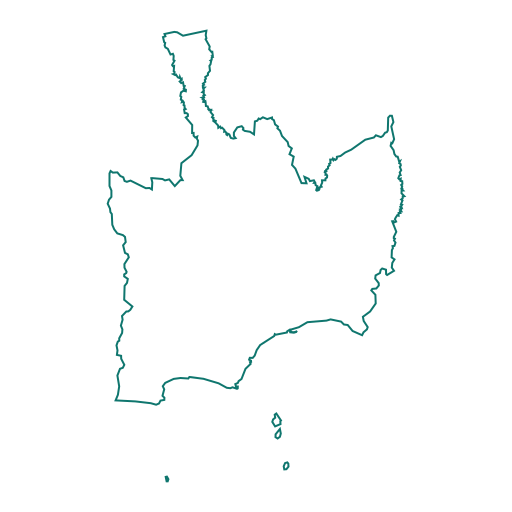 Klaeng, Rayong, Thailand (Natural Earth projection)
{"feature_id": "78962969B40888142267385", "entity_name": "Klaeng", "entity_type": "district", "adm_level": 2, "iso_a3": "THA", "parent_name": "Thailand", "parent_adm1": "Rayong", "projection": "natural_earth1", "projection_center": [101.666, 12.768], "detail": "fine", "context": "isolated", "style": "outline", "palette": "teal", "viewbox_px": 512, "rotation_deg": 0, "n_neighbors": 0, "source": "geoboundaries", "source_scale": "gbopen_adm2", "svg_char_len": 6046}
<svg xmlns="http://www.w3.org/2000/svg" viewBox="0 0 512 512"><path d="M385.1,132.7L382.8,136.0L380.9,137.1L375.9,135.3L373.9,137.5L365.3,139.7L351.2,149.7L345.2,152.5L340.5,156.0L336.9,156.8L336.8,158.7L335.5,159.9L334.4,159.2L333.5,160.2L332.8,158.6L332.2,159.6L330.2,159.6L330.5,163.0L329.1,163.9L329.6,165.3L328.0,166.6L328.1,168.5L326.2,169.6L326.4,171.0L325.1,171.0L324.7,172.2L325.6,172.9L325.5,174.8L326.6,174.6L327.2,175.6L327.0,177.5L325.5,178.5L325.4,180.3L322.0,180.3L322.2,182.7L320.9,185.5L321.6,186.7L319.8,187.2L319.5,188.5L318.1,187.6L318.7,190.1L316.9,190.7L316.2,190.1L317.4,186.2L315.6,185.1L315.3,182.9L314.0,182.9L314.7,181.8L313.9,180.3L309.9,181.1L308.7,178.8L304.5,176.9L306.5,183.3L301.5,183.1L295.4,168.6L292.0,164.9L293.7,156.6L289.5,154.2L291.8,148.4L288.6,146.0L287.7,142.1L282.0,136.0L280.0,130.7L277.4,128.3L278.0,126.6L275.1,124.4L273.9,120.2L272.1,119.1L272.0,117.5L267.2,119.1L262.9,117.3L260.1,119.2L258.7,118.5L257.3,120.7L254.9,121.4L254.0,134.4L250.1,131.8L244.7,130.9L242.9,129.6L243.4,128.1L241.7,126.2L237.3,127.4L233.9,132.5L233.9,136.0L235.6,138.1L233.3,138.6L230.8,137.9L229.3,134.4L227.9,133.7L227.2,135.1L226.4,134.5L226.2,132.6L225.1,131.4L224.2,131.7L224.3,129.9L222.1,127.7L221.0,128.2L220.2,126.6L218.3,127.8L218.1,125.5L215.3,122.5L215.8,120.9L214.1,120.4L215.0,121.3L214.3,121.7L213.3,120.9L214.0,120.1L213.0,118.7L213.5,118.0L212.0,117.2L213.1,115.1L210.6,112.2L211.1,109.9L209.2,110.3L208.8,109.8L210.1,109.7L208.5,108.9L207.7,106.4L205.9,106.0L205.6,102.1L204.4,102.0L204.8,101.2L203.3,101.5L203.9,99.6L202.8,99.3L203.3,98.3L202.2,97.7L204.0,97.3L203.3,95.9L204.8,95.1L203.6,93.9L203.8,92.2L202.4,92.1L203.9,90.3L203.3,88.8L204.6,87.5L202.9,87.4L202.8,85.5L204.0,84.8L203.0,83.6L205.3,81.8L204.8,80.0L205.9,78.7L205.2,77.1L208.0,75.0L207.9,73.2L210.0,70.8L209.4,65.9L210.5,64.3L211.2,60.8L210.6,60.5L211.7,59.7L211.7,57.7L212.8,57.1L212.0,56.0L212.8,55.7L212.3,51.8L211.5,52.0L209.2,49.3L209.7,46.5L205.6,39.2L206.4,38.3L205.7,35.1L206.4,30.7L183.0,35.7L177.2,32.3L174.3,31.9L164.5,34.0L165.4,36.3L163.0,37.1L164.2,42.2L165.2,42.9L164.6,45.4L165.4,47.4L167.8,48.8L170.5,54.5L172.9,53.8L173.7,55.9L173.4,59.9L174.5,60.7L172.1,65.0L172.9,66.2L174.1,65.9L173.7,71.3L174.6,72.0L174.3,73.8L173.3,74.1L175.2,75.1L176.0,74.6L177.9,77.4L179.7,78.1L179.9,77.0L180.9,79.4L181.7,78.8L181.8,79.9L179.7,81.5L181.2,83.1L183.0,82.3L183.7,86.0L184.7,86.1L183.7,88.7L185.9,89.7L185.8,91.3L183.5,90.7L181.0,92.4L180.3,96.0L181.3,96.9L180.8,99.6L182.4,100.5L181.9,102.1L183.3,101.6L183.9,102.5L183.6,105.1L184.5,105.5L184.6,107.8L185.6,109.0L184.1,109.5L184.7,113.1L186.6,113.1L187.9,114.2L187.9,116.1L185.8,117.5L192.2,125.0L192.1,133.0L193.6,132.9L193.6,135.7L195.3,137.5L197.2,136.6L196.8,138.5L198.0,140.7L197.5,145.4L191.6,155.2L181.4,163.2L180.3,175.8L182.6,180.1L180.4,180.1L174.8,186.1L169.2,179.4L165.0,180.4L162.5,179.0L152.1,178.1L151.3,178.2L152.3,182.3L151.9,189.5L149.5,188.0L145.8,188.2L130.5,180.6L126.9,181.8L124.6,181.0L123.3,177.3L120.3,176.0L117.4,172.4L112.8,172.6L110.6,171.0L109.5,173.4L109.5,186.0L111.4,190.5L111.4,196.9L109.0,199.7L107.7,203.7L110.0,208.6L110.4,212.1L111.8,214.0L112.3,224.8L114.2,229.3L117.3,233.4L122.9,235.1L125.0,236.9L125.7,242.1L123.1,245.3L125.0,252.9L127.8,254.3L128.8,257.3L124.4,264.1L124.5,267.7L126.6,271.8L126.2,273.1L124.2,274.4L124.2,276.4L127.8,278.9L127.0,282.9L124.6,285.9L124.2,299.8L132.4,306.5L130.3,309.8L128.3,311.4L126.3,311.5L122.0,316.0L122.6,319.7L120.9,325.6L122.4,329.4L122.1,333.0L119.2,338.3L119.3,340.7L117.8,341.6L116.5,345.4L117.5,350.4L116.9,354.9L121.1,355.8L121.2,358.8L124.3,364.8L122.8,367.8L120.0,368.8L117.4,375.5L119.2,386.4L117.9,394.8L115.6,400.4L135.3,401.4L150.8,403.2L156.1,404.7L159.0,403.5L160.5,400.6L164.3,399.9L164.4,397.7L162.5,395.8L164.2,389.3L162.8,386.2L165.2,382.9L173.7,378.9L180.5,378.0L188.3,378.5L189.4,377.0L203.5,378.8L218.6,383.3L226.8,387.8L230.4,388.2L232.5,387.3L237.0,388.8L237.7,388.4L237.8,386.5L236.0,386.5L235.3,384.1L237.9,382.9L238.6,381.1L241.5,379.0L245.5,368.8L250.6,363.9L250.0,362.2L251.1,361.9L251.0,360.7L249.1,359.7L249.8,357.8L252.7,357.9L254.7,355.6L256.7,350.1L260.2,345.0L274.2,336.0L274.8,334.1L275.8,334.7L286.9,332.5L287.2,331.3L289.6,329.8L290.2,332.3L293.9,332.7L296.2,332.0L296.9,330.8L295.8,331.9L292.6,332.3L290.4,331.2L289.8,329.9L298.9,327.2L307.4,322.2L326.5,320.6L330.6,319.4L341.1,321.6L343.9,324.5L347.7,325.0L352.6,331.0L362.1,335.2L363.5,332.3L366.9,329.4L367.7,327.1L363.7,321.0L362.9,316.8L370.1,311.5L375.7,303.5L375.4,294.8L371.3,290.4L372.3,288.9L376.3,288.5L378.8,285.5L378.7,283.1L375.2,278.6L375.6,275.4L380.0,273.0L380.6,270.0L382.2,268.5L386.0,269.7L386.1,274.1L387.1,275.0L394.0,270.8L391.8,267.6L392.3,262.9L394.5,259.4L391.6,257.4L391.9,250.1L392.9,248.2L392.5,246.1L394.4,245.9L395.5,242.6L394.0,240.4L394.9,238.7L393.8,238.2L393.8,236.9L396.3,231.8L392.2,221.3L393.2,221.2L393.7,222.6L396.1,221.6L394.9,219.2L395.7,217.6L397.3,215.2L398.6,215.7L398.6,213.0L400.4,213.0L399.9,211.3L401.3,211.3L400.1,209.5L401.1,209.3L400.5,207.3L401.7,207.7L401.1,206.1L402.1,204.8L400.9,204.4L402.5,200.4L401.2,199.5L402.7,198.2L402.7,196.5L404.3,196.2L401.5,193.3L401.6,190.6L403.1,190.5L401.5,188.9L402.3,188.5L401.7,187.2L402.2,186.2L401.2,185.0L402.4,183.9L402.2,181.2L400.6,181.0L400.7,178.7L399.4,179.4L398.3,178.2L399.4,175.4L400.6,175.1L399.7,172.5L401.2,170.2L399.8,166.8L400.8,165.5L400.6,164.1L399.2,163.2L400.0,161.2L399.2,161.7L397.7,156.7L396.2,156.5L394.4,154.0L393.6,150.2L390.6,145.9L391.3,142.8L392.3,143.3L394.1,139.2L391.3,126.4L393.4,122.1L391.9,115.8L390.0,115.7L388.2,117.6L387.8,130.5L386.8,132.2L385.1,132.7ZM275.1,426.4L280.5,424.1L280.3,421.2L281.0,420.5L276.3,413.5L274.7,414.7L275.2,417.7L273.1,419.4L272.3,421.9L275.1,426.4ZM277.6,438.5L279.9,436.8L280.8,433.5L279.9,429.0L275.6,434.3L275.5,437.1L277.6,438.5ZM286.4,469.2L288.5,466.6L288.3,463.6L287.3,462.4L285.1,463.1L283.7,466.3L284.3,469.4L286.4,469.2ZM167.7,481.3L168.4,479.2L166.9,476.6L165.7,476.9L166.6,481.3L167.7,481.3Z" fill="none" stroke="#0f766e" stroke-width="2"/></svg>